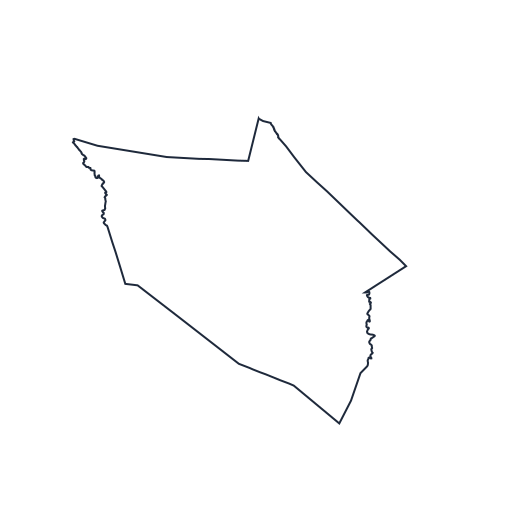 the district of Gwembe, Southern, Zambia, rotated 63°
{"feature_id": "96606910B99334137269025", "entity_name": "Gwembe", "entity_type": "district", "adm_level": 2, "iso_a3": "ZMB", "parent_name": "Zambia", "parent_adm1": "Southern", "projection": "orthographic", "projection_center": [27.8, -16.661], "detail": "fine", "context": "isolated", "style": "outline", "palette": "slate", "viewbox_px": 512, "rotation_deg": 63, "n_neighbors": 0, "source": "geoboundaries", "source_scale": "gbopen_adm2", "svg_char_len": 5829}
<svg xmlns="http://www.w3.org/2000/svg" viewBox="0 0 512 512"><g transform="rotate(63 256 256)"><path d="M333.2,126.9L324.7,129.6L312.8,134.4L288.5,143.2L273.1,148.5L270.5,149.5L256.5,154.4L230.8,163.3L218.3,168.1L203.9,173.4L185.3,177.1L172.0,179.4L162.9,181.7L162.5,181.8L162.3,181.9L161.8,182.2L161.7,182.2L160.9,182.1L160.6,182.4L160.4,182.4L160.2,182.4L160.0,182.2L159.7,182.1L159.4,181.8L159.3,181.7L158.3,181.6L158.1,181.7L157.9,181.7L157.6,181.5L157.4,181.6L157.1,181.6L157.0,181.9L156.9,182.0L156.0,181.9L155.7,182.0L155.4,182.1L155.2,182.2L154.8,182.2L154.3,182.2L153.9,182.2L153.7,182.4L153.5,182.5L153.2,182.4L152.5,182.5L152.2,182.4L151.9,182.2L151.5,182.3L151.4,182.4L151.1,182.3L151.0,182.1L150.9,182.1L150.7,182.2L150.2,182.0L149.6,182.2L149.0,181.9L148.4,182.2L148.0,182.1L147.3,182.2L147.0,182.3L146.9,182.4L146.0,182.6L144.9,182.7L144.1,182.5L138.9,188.5L134.9,191.2L134.7,191.2L167.7,219.8L162.7,229.0L148.5,253.4L143.5,262.8L127.3,290.6L85.8,347.2L69.2,364.5L69.1,364.8L69.0,365.3L69.0,365.5L70.3,365.9L71.2,365.9L71.3,365.9L71.4,366.1L71.5,366.3L71.5,366.7L71.5,367.1L71.6,367.5L71.8,367.5L72.2,367.4L72.4,367.2L72.7,367.1L73.3,367.0L73.6,366.9L74.7,366.7L75.2,366.7L75.7,366.6L75.9,366.4L77.3,366.2L77.6,366.1L77.7,365.9L78.2,365.8L78.9,365.8L79.3,365.7L80.0,365.5L80.9,365.5L82.0,365.0L82.9,364.9L83.8,364.6L84.1,364.6L84.5,364.6L84.8,364.6L85.1,364.6L85.3,364.8L85.8,364.8L86.0,364.8L86.7,364.5L87.8,364.0L88.5,363.4L89.6,363.1L91.8,362.8L92.2,363.2L92.3,363.4L92.2,364.1L92.0,364.3L91.5,364.2L91.4,364.5L91.3,365.1L91.4,365.4L91.6,365.5L92.2,365.7L92.7,365.9L93.3,365.9L93.7,366.0L94.2,366.5L94.3,366.7L94.4,367.0L94.6,367.2L94.7,367.8L94.9,367.9L95.2,368.0L95.5,368.0L96.2,367.8L97.3,367.3L97.9,367.1L99.6,366.7L99.8,366.5L100.0,366.2L100.3,365.3L100.6,364.9L100.9,364.9L101.4,364.9L102.1,364.1L102.4,363.6L102.6,363.6L103.4,364.0L103.7,364.1L104.0,364.1L104.3,364.0L104.7,363.8L105.3,363.2L105.5,362.9L106.5,361.4L106.8,361.3L107.1,361.3L107.8,361.7L107.9,361.8L108.1,361.8L109.5,362.6L110.0,362.7L111.0,363.1L111.5,363.0L111.8,362.9L112.5,363.1L112.8,363.2L113.0,363.3L113.5,363.2L114.0,362.8L114.3,362.5L114.5,361.9L114.5,361.4L114.4,361.3L114.0,361.3L113.6,361.1L113.4,360.9L112.8,359.9L112.8,359.7L113.0,359.3L113.5,359.5L114.1,359.8L114.7,359.9L115.0,359.9L116.2,359.3L117.0,358.8L117.8,358.5L118.4,358.5L119.0,358.0L119.6,357.8L120.1,357.7L120.4,357.6L120.8,357.7L121.1,357.7L121.3,357.8L121.6,358.2L121.6,358.8L121.7,359.1L121.8,359.2L122.1,359.3L122.2,359.6L122.2,360.2L123.2,361.5L123.5,361.7L123.6,361.8L123.8,361.8L124.4,361.5L127.3,360.9L130.6,360.2L131.0,360.3L131.3,360.5L131.2,360.8L131.0,361.2L131.0,361.3L131.1,361.6L131.4,361.7L131.6,361.8L132.2,361.7L132.9,361.6L133.8,361.2L133.9,361.3L134.0,361.4L134.1,361.9L134.2,362.2L134.2,362.8L134.4,363.2L134.5,363.6L134.9,364.1L135.0,364.2L135.3,364.1L136.2,364.1L136.3,364.2L136.9,364.5L138.0,364.8L139.2,365.1L140.0,365.8L141.7,367.0L142.6,367.7L143.6,368.2L144.2,368.4L144.7,368.6L145.2,368.8L145.4,369.2L145.8,369.5L146.1,369.8L146.2,370.3L146.1,370.7L145.8,372.1L145.8,372.3L146.0,372.6L147.5,372.5L148.4,372.1L148.7,372.2L149.2,372.5L149.4,372.6L149.6,373.0L149.7,373.9L149.8,374.6L150.2,375.2L150.5,375.4L150.9,375.5L152.1,375.3L152.5,375.2L153.1,374.7L153.9,373.9L154.2,373.7L154.6,373.7L155.4,373.8L155.9,374.1L156.0,374.4L156.2,375.0L156.8,376.1L156.9,376.4L157.0,376.5L157.3,376.6L157.8,376.6L159.4,376.1L160.3,375.8L161.3,375.0L162.8,375.1L178.6,377.8L188.5,379.3L203.5,381.9L221.5,385.1L225.9,378.5L228.4,374.8L275.5,352.5L344.3,320.2L353.0,312.4L355.5,310.4L361.4,305.2L365.9,301.0L377.6,290.9L384.6,284.5L388.6,281.2L443.0,257.8L428.0,237.0L407.8,216.1L404.8,207.2L404.3,206.3L403.2,205.4L401.9,204.6L401.7,204.6L400.4,204.2L399.9,204.0L399.5,203.7L398.9,202.8L398.4,202.3L398.1,202.2L397.9,202.0L397.8,201.6L398.1,201.0L399.2,200.3L399.5,200.1L399.6,199.7L399.2,199.5L398.0,199.6L397.6,199.7L397.1,199.6L396.9,199.4L396.2,198.8L396.0,198.4L395.9,198.1L395.7,197.0L395.6,196.6L395.4,196.2L395.2,196.0L394.7,196.2L394.3,196.2L393.7,196.2L391.6,195.7L391.3,195.5L391.1,195.1L391.0,194.6L390.7,194.3L389.1,193.9L388.7,193.6L388.0,193.5L387.5,193.6L386.7,194.0L386.3,194.3L385.7,194.4L385.0,194.4L384.3,194.3L383.9,194.1L383.6,193.8L383.1,192.9L383.1,192.6L383.0,192.3L382.8,192.1L382.0,191.5L381.7,191.1L381.7,190.9L381.8,190.4L381.7,190.1L381.7,189.6L381.6,189.2L381.5,188.5L381.4,187.7L381.3,186.8L381.2,186.6L381.0,186.4L380.5,186.5L380.2,186.7L379.7,187.2L379.3,187.5L379.1,187.7L377.7,189.9L377.0,190.6L376.7,190.9L375.5,191.6L375.1,191.7L374.5,191.6L374.0,191.5L373.6,191.3L373.2,190.8L372.8,190.3L372.4,189.9L372.2,189.6L371.9,188.6L371.8,188.4L371.6,188.3L371.4,188.2L371.2,188.2L370.9,188.3L370.4,189.2L370.0,189.5L369.5,189.7L369.0,189.7L368.8,189.6L368.4,189.4L367.8,188.9L367.7,188.7L367.4,188.5L367.2,188.4L366.9,188.4L366.2,188.2L365.4,187.8L365.2,187.6L365.0,187.4L364.6,186.8L364.3,185.9L363.9,185.6L363.9,185.4L363.9,185.1L364.3,184.7L364.8,184.4L365.2,184.4L365.3,184.5L365.3,184.8L365.7,184.9L365.9,184.8L366.0,184.6L365.9,184.4L365.8,184.2L365.6,184.1L365.0,183.9L364.0,183.7L362.8,183.4L362.2,183.0L361.8,182.7L361.5,182.4L361.0,182.2L360.7,182.2L360.4,182.3L359.3,182.7L358.6,183.1L358.3,183.1L357.9,183.0L357.7,182.8L356.4,180.8L355.6,179.0L355.5,178.3L355.1,178.0L355.0,177.9L354.7,177.6L353.5,177.1L352.3,176.4L351.6,176.3L351.2,176.1L350.8,176.3L350.5,176.3L350.2,175.4L349.9,175.0L349.7,174.8L349.3,174.8L348.8,175.1L348.5,175.6L348.2,175.9L347.8,175.8L347.2,175.4L346.6,175.0L346.0,174.7L345.7,174.3L345.8,173.8L345.8,173.5L345.2,173.3L344.2,174.5L343.3,175.0L341.7,175.1L341.2,174.9L341.2,174.5L341.2,174.1L341.6,173.3L341.6,172.7L341.1,172.2L340.6,171.8L339.9,171.5L339.4,171.4L339.0,171.7L338.8,172.1L338.7,174.0L338.0,175.4L333.2,126.9Z" fill="none" stroke="#1e293b" stroke-width="2"/></g></svg>